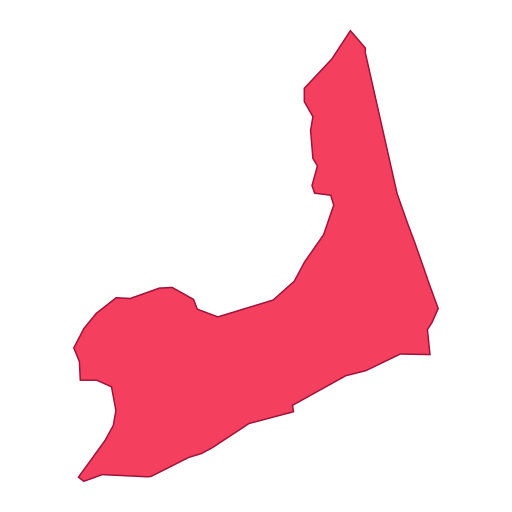 outline of Tamuning, Guam
{"feature_id": "77769853B98386396694239", "entity_name": "Tamuning", "entity_type": "district", "adm_level": 2, "iso_a3": "GUM", "parent_name": "Guam", "parent_adm1": "", "projection": "orthographic", "projection_center": [144.795, 13.512], "detail": "fine", "context": "isolated", "style": "filled", "palette": "rose", "viewbox_px": 512, "rotation_deg": 0, "n_neighbors": 0, "source": "geoboundaries", "source_scale": "gbopen_adm2", "svg_char_len": 908}
<svg xmlns="http://www.w3.org/2000/svg" viewBox="0 0 512 512"><path d="M430.0,354.6L427.4,329.6L431.9,322.7L438.2,308.6L427.4,278.9L427.3,278.3L414.9,242.9L414.6,242.1L407.3,222.6L397.1,193.6L365.3,52.6L365.4,48.1L350.4,30.7L336.1,52.5L332.0,58.8L304.3,88.3L304.3,101.6L312.9,116.7L310.6,130.5L312.9,158.2L312.9,158.4L317.4,165.9L312.0,185.6L314.6,193.2L330.7,195.2L333.7,205.1L323.7,234.5L304.4,262.3L294.3,281.2L273.2,300.0L217.8,316.9L197.3,309.2L193.5,299.4L172.1,287.4L165.5,287.8L159.3,288.1L130.1,298.5L116.2,297.7L104.9,306.6L96.3,313.3L83.9,328.5L73.8,347.9L78.8,360.1L79.4,361.6L80.3,380.2L96.6,380.2L111.5,386.8L115.9,410.5L113.3,425.4L105.1,440.4L89.9,461.4L78.4,477.2L83.8,481.3L102.2,474.6L147.8,476.8L151.1,476.4L188.7,457.4L201.5,453.5L212.3,447.7L249.0,423.5L293.5,411.7L292.5,405.3L345.8,375.7L365.9,370.6L400.3,354.0L430.0,354.6Z" fill="#f43f5e" stroke="#9f1239" stroke-width="1.5"/></svg>